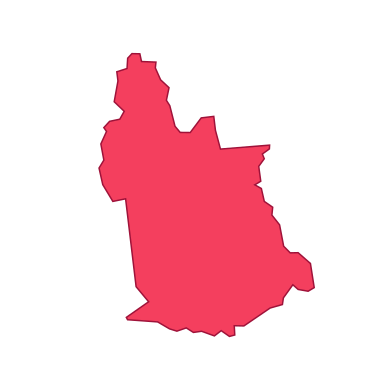 the district of Floyd, Kentucky, United States of America, rotated 165°
{"feature_id": "52423323B75655916950400", "entity_name": "Floyd", "entity_type": "district", "adm_level": 2, "iso_a3": "USA", "parent_name": "United States of America", "parent_adm1": "Kentucky", "projection": "albers", "projection_center": [-82.761, 37.521], "detail": "fine", "context": "isolated", "style": "filled", "palette": "rose", "viewbox_px": 384, "rotation_deg": 165, "n_neighbors": 0, "source": "geoboundaries", "source_scale": "gbopen_adm2", "svg_char_len": 1009}
<svg xmlns="http://www.w3.org/2000/svg" viewBox="0 0 384 384"><g transform="rotate(165 192 192)"><path d="M249.1,65.6L242.6,61.5L232.7,62.2L227.0,56.0L218.8,55.0L207.6,47.2L199.7,50.5L193.2,42.8L187.7,42.8L185.8,51.9L176.5,49.2L146.6,59.7L133.8,59.9L131.1,66.1L118.6,76.3L114.7,70.4L105.5,66.1L98.7,68.0L96.1,92.3L105.2,105.9L112.9,107.8L117.5,115.9L115.9,137.6L120.8,149.0L118.0,156.4L124.6,164.2L124.1,177.4L129.5,182.7L122.8,184.6L120.9,199.5L113.6,205.4L114.2,210.5L106.1,213.6L104.9,217.2L153.4,226.1L153.4,245.5L151.4,259.4L163.9,261.2L178.3,249.9L188.0,252.6L191.4,259.9L191.1,281.1L193.0,287.2L187.2,298.7L193.3,308.5L195.3,321.3L193.2,326.8L207.0,331.1L206.6,339.0L214.2,341.2L219.5,337.9L222.8,328.1L233.5,327.6L234.8,318.4L243.8,299.3L236.6,287.5L242.9,281.0L253.3,281.6L260.5,277.0L258.9,272.6L267.6,262.0L268.9,245.6L275.6,239.2L276.3,222.2L270.9,203.4L257.9,202.6L270.5,115.0L262.3,97.2L287.9,87.9L287.3,85.3L258.8,75.4L249.1,65.6Z" fill="#f43f5e" stroke="#9f1239" stroke-width="1.5"/></g></svg>